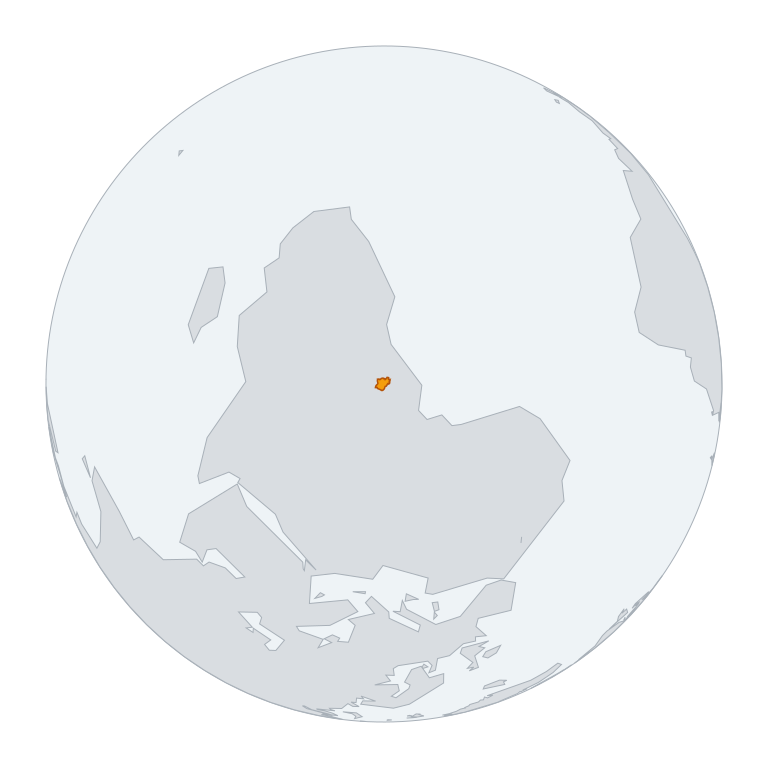 Plateaux highlighted on a globe, orthographic projection, rotated 174°
{"feature_id": "COG-3346", "entity_name": "Plateaux", "entity_type": "Region", "adm_level": 1, "iso_a3": "COG", "parent_name": "Republic of the Congo", "parent_adm1": "", "projection": "orthographic", "projection_center": [15.163, -2.009], "detail": "fine", "context": "on_globe", "style": "filled", "palette": "amber", "viewbox_px": 768, "rotation_deg": 174, "n_neighbors": 0, "source": "natural_earth", "source_scale": "10m", "svg_char_len": 8548}
<svg xmlns="http://www.w3.org/2000/svg" viewBox="0 0 768 768"><g transform="rotate(174 384 384)"><circle cx="384" cy="384" r="338" fill="#eef3f6" stroke="#a8b0b8"/><path d="M223.6,86.6L221.2,87.9L210.6,94.1L207.4,96.2L219.4,89.5L201.5,101.4L193.0,111.0L188.1,115.0L175.1,122.4L170.2,123.3L153.3,137.2L166.6,126.9L154.1,138.6L153.0,140.5L155.1,139.6L160.7,135.0L157.0,139.3L142.4,149.9L145.6,146.2L150.2,142.5L147.8,143.5L137.9,152.7L132.4,158.9L127.1,164.5L143.9,146.2L162.1,129.1L181.5,113.4L202.1,99.2L223.6,86.6ZM52.6,317.8L54.5,310.6L50.8,330.1L54.9,311.9L54.0,320.8L60.4,318.6L59.0,323.1L63.8,345.3L75.0,354.5L77.5,368.8L75.6,377.8L80.8,380.2L81.0,386.1L107.1,394.2L124.8,408.6L127.2,429.3L118.2,453.5L123.8,504.0L111.3,521.2L117.4,541.5L123.7,571.3L115.0,569.6L127.1,583.8L130.1,592.8L127.0,593.7L134.7,603.8L132.9,604.3L140.0,610.7L149.4,624.0L161.2,634.3L171.2,644.7L179.0,650.5L178.2,650.5L180.7,652.9L185.0,656.2L177.2,651.1L160.9,637.7L153.3,630.6L152.0,629.7L134.6,611.3L137.8,615.2L114.7,587.8L99.2,564.5L67.0,497.2L62.0,484.1L57.7,471.7L51.9,446.5L48.1,420.9L46.3,395.1L46.4,369.2L48.5,343.4L52.6,317.8ZM194.4,661.9L179.9,653.1L186.2,657.0L180.1,651.6L191.6,658.5L194.4,661.9ZM181.1,647.9L180.3,644.7L183.1,646.3L184.4,648.9L181.1,647.9ZM716.7,324.6L711.4,304.7L715.7,328.6L720.1,351.0L721.8,376.2L720.8,367.0L718.5,344.9L716.4,336.8L713.1,315.7L704.1,284.1L702.8,288.5L699.3,276.3L686.7,250.7L682.7,256.8L678.9,286.7L684.5,318.3L680.5,331.8L660.6,285.0L649.3,255.1L643.6,257.4L621.9,232.3L588.6,229.4L582.6,222.0L576.6,225.2L561.1,217.7L551.4,206.0L542.6,206.6L568.2,237.9L577.4,237.6L583.4,225.9L588.9,237.3L603.7,248.0L591.9,275.3L540.4,299.9L533.3,276.5L483.4,215.3L483.7,208.7L483.4,208.0L482.7,206.7L480.3,217.3L471.0,206.1L499.9,247.3L505.6,265.8L539.7,301.3L537.0,305.0L547.4,312.6L578.0,304.3L578.7,312.2L565.5,349.2L521.2,400.8L526.0,436.6L520.8,467.3L490.8,487.8L491.0,511.9L475.1,520.4L472.5,534.2L458.3,548.8L435.7,562.9L399.7,563.7L399.3,551.2L384.3,527.3L364.1,469.6L375.2,442.9L372.8,422.6L346.5,378.8L352.4,354.1L344.9,344.2L329.7,347.2L320.8,335.5L311.5,335.7L251.6,347.5L232.4,333.2L207.0,288.5L217.1,269.4L217.2,248.8L285.3,177.7L301.7,180.2L357.5,169.7L364.9,171.8L360.4,186.4L404.0,203.6L415.6,191.0L452.9,200.8L476.5,200.6L481.1,173.5L442.6,173.1L433.8,160.4L463.0,149.6L496.4,152.1L494.1,147.4L471.2,136.4L477.1,128.6L463.1,132.3L470.1,136.9L461.5,139.9L454.6,135.9L457.0,132.9L446.4,130.9L437.9,147.0L444.1,153.5L417.5,156.8L425.3,168.4L418.7,174.1L403.1,156.8L403.3,150.4L375.7,133.9L373.1,140.5L398.9,157.1L391.7,155.9L388.4,166.8L385.1,157.6L357.6,139.4L332.4,144.9L303.4,173.2L288.0,176.8L273.8,172.7L281.3,145.7L314.8,141.1L317.9,133.1L308.6,123.0L319.5,123.0L319.8,118.8L332.2,117.4L347.2,107.0L359.4,105.4L362.8,94.0L369.6,92.1L365.6,99.1L369.4,103.8L399.4,102.4L404.5,100.0L404.3,93.1L412.6,94.3L408.6,88.0L424.7,85.7L401.7,83.7L400.9,77.3L409.3,72.7L404.9,70.7L391.2,78.4L389.5,82.0L394.7,85.4L386.4,97.1L376.6,99.4L369.6,87.1L354.9,89.7L356.0,80.4L392.2,62.9L408.5,60.6L440.6,68.0L438.2,71.1L425.5,69.5L439.4,76.0L437.2,73.0L444.1,74.5L445.1,70.1L450.0,71.1L442.5,65.8L448.7,66.6L453.3,69.9L460.0,65.7L472.1,67.2L471.2,65.9L466.9,64.1L485.2,68.0L483.7,67.0L477.2,65.2L470.0,62.2L464.5,59.0L471.2,60.5L474.0,61.8L490.0,67.7L496.7,72.1L498.8,72.5L494.6,69.2L475.1,61.8L469.9,59.6L479.7,62.6L475.7,61.2L475.2,60.7L480.9,61.8L470.5,58.6L460.0,54.7L483.8,61.2L507.1,69.3L529.7,79.1L551.5,90.5L572.5,103.5L592.4,118.0L611.3,133.9L628.9,151.1L645.2,169.6L660.1,189.2L673.6,209.9L685.5,231.4L695.8,253.8L704.5,276.9L711.5,300.5L716.7,324.6ZM264.4,211.6L263.1,217.6L264.4,211.6ZM533.9,170.2L552.5,172.5L540.4,155.9L546.6,155.8L540.2,150.6L539.5,154.8L523.4,141.3L530.0,137.5L525.9,131.2L519.4,130.3L509.8,139.6L532.8,158.4L530.1,164.6L533.9,170.2ZM60.7,318.3L61.1,321.9L59.7,322.2L60.7,318.3ZM66.5,275.2L67.2,276.6L65.4,278.4L66.5,275.2ZM63.4,277.3L64.2,275.4L66.4,268.6L65.8,274.9L62.5,281.2L63.1,278.0L63.4,277.3ZM155.0,138.0L156.0,137.3L157.0,137.5L154.2,139.5L155.0,138.0ZM175.1,128.2L168.6,135.4L171.3,131.2L166.2,134.8L165.6,131.3L185.6,116.8L176.7,123.6L175.1,128.2ZM170.4,124.0L168.5,127.0L169.7,124.4L170.4,124.0ZM309.3,100.7L314.3,102.5L310.7,107.1L295.3,111.9L300.3,104.9L309.3,100.7ZM322.2,104.2L319.7,92.3L329.2,89.8L324.3,93.0L330.8,92.5L324.7,97.8L336.3,108.2L333.9,113.3L306.6,117.6L316.9,113.0L311.4,111.1L322.2,104.2ZM296.3,75.3L295.3,72.6L317.2,70.3L315.6,73.2L300.1,77.4L292.8,76.5L296.3,75.3ZM269.6,66.0L265.1,67.8L262.0,68.9L254.6,72.4L243.8,77.0L248.9,74.3L235.0,81.1L235.4,80.6L226.8,85.2L233.8,81.3L269.6,66.0ZM338.6,49.1L341.7,49.0L345.7,48.4L355.2,47.5L358.8,47.8L350.4,48.3L360.5,48.6L350.8,49.6L352.5,49.6L346.3,50.9L341.8,52.7L337.1,53.3L337.4,53.8L333.3,55.1L332.1,56.3L323.3,57.9L321.1,59.6L318.1,59.5L316.8,62.2L313.8,61.0L308.2,63.2L314.1,63.2L269.1,74.0L252.5,81.1L240.3,88.2L236.8,86.5L246.0,79.4L261.6,71.1L278.0,65.1L273.5,66.0L280.0,63.7L280.9,64.0L283.4,62.2L289.0,60.5L302.9,56.2L303.0,55.9L338.6,49.1ZM372.0,166.2L377.4,166.6L385.7,165.7L383.7,173.0L372.0,166.2ZM352.9,153.8L357.6,152.6L358.9,161.5L353.3,161.6L352.9,153.8ZM359.1,145.0L357.8,151.9L355.2,148.2L359.1,145.0ZM369.9,98.1L374.8,97.1L375.8,98.6L373.6,101.2L369.9,98.1ZM386.6,52.5L382.2,51.9L383.4,51.5L379.0,49.7L385.9,49.3L391.2,50.3L386.6,52.5ZM475.2,178.0L469.1,183.1L465.3,180.5L468.1,179.2L475.2,178.0ZM424.7,177.4L436.8,180.7L424.1,179.4L424.7,177.4ZM393.4,51.8L390.8,51.0L395.8,51.4L393.4,51.8ZM390.6,49.1L396.4,49.4L386.2,49.1L390.6,49.1ZM564.2,632.8L563.3,637.2L559.6,637.3L564.2,632.8ZM572.5,463.4L546.1,517.3L531.9,517.3L531.5,501.1L542.7,468.4L559.9,459.4L569.0,444.8L572.5,463.4ZM719.5,424.4L719.5,424.0L719.5,424.4ZM720.3,416.6L720.8,399.7L715.4,349.7L717.5,351.5L721.8,383.1L721.7,387.8L721.6,397.6L720.3,416.6ZM685.7,321.4L691.9,341.2L689.1,343.9L685.7,321.4ZM448.2,54.3L446.7,56.5L450.1,59.4L459.2,62.3L445.8,59.8L440.5,55.4L448.2,54.3ZM443.1,51.3L439.0,50.6L437.4,50.3L443.1,51.3ZM416.4,49.2L415.4,49.7L411.4,49.1L416.4,49.2Z" fill="#d9dde1" stroke="#a8b0b8" stroke-width="1"/><path d="M392.8,381.5L392.7,381.7L392.6,381.8L392.6,382.0L392.6,382.4L392.5,382.5L392.0,383.1L392.0,383.3L391.9,383.3L391.7,383.4L391.7,383.5L391.2,384.0L390.9,384.2L390.6,384.5L390.4,384.6L390.2,384.9L390.1,385.0L390.0,385.3L390.0,385.6L390.0,385.8L390.1,386.0L390.1,386.3L390.3,387.7L390.1,388.6L390.0,389.0L390.0,389.5L389.8,389.5L389.6,389.4L389.4,389.4L389.3,389.5L389.2,389.5L388.9,389.5L388.9,389.4L388.7,389.4L388.7,389.2L388.4,389.0L388.2,388.9L387.9,388.8L387.7,388.9L387.3,388.9L387.3,389.0L387.2,389.0L386.9,389.2L386.9,389.3L386.7,389.3L386.4,389.5L386.2,389.6L386.1,389.8L385.9,389.8L385.4,390.0L385.1,390.0L384.9,390.0L384.7,390.0L384.4,389.9L384.2,389.9L384.0,389.7L383.9,389.7L383.9,389.4L383.7,389.2L383.3,389.2L383.2,389.2L383.0,389.3L382.9,389.3L382.7,389.2L382.6,388.9L382.6,388.7L382.5,388.4L382.5,388.2L382.4,388.2L382.1,388.3L381.9,388.4L381.9,388.5L381.8,388.8L381.7,388.8L381.5,389.0L381.4,389.1L381.2,389.3L381.0,389.5L380.9,389.6L380.7,389.8L380.4,390.0L380.2,390.3L379.9,390.2L379.7,390.1L379.4,390.1L379.2,390.0L378.8,389.9L378.7,389.7L378.8,389.6L378.9,389.4L379.0,389.3L379.1,389.2L379.0,388.5L379.0,388.4L378.9,388.4L378.8,388.5L378.8,388.4L378.9,388.2L378.7,388.0L378.4,388.0L378.2,388.0L378.0,387.9L377.9,387.9L378.0,387.8L378.1,387.7L378.3,387.6L378.2,387.5L377.9,387.4L378.0,387.3L378.1,387.2L377.9,387.0L377.8,386.9L377.7,386.8L377.8,386.7L377.9,386.4L378.0,386.3L378.1,386.2L378.5,386.0L378.5,385.9L378.0,385.5L378.0,385.3L378.1,385.2L378.3,385.1L378.3,384.9L378.5,384.8L378.5,384.7L378.6,384.3L378.6,384.2L378.5,383.9L379.3,383.5L379.4,383.8L379.4,384.0L379.5,384.1L379.8,384.1L380.0,384.1L380.1,383.9L380.3,383.8L380.4,383.7L380.5,383.7L380.8,383.2L381.0,383.0L381.1,382.8L381.1,382.7L381.4,382.5L381.4,382.4L381.5,382.3L381.5,382.1L381.9,381.7L382.0,381.7L382.3,381.5L382.6,381.5L382.9,381.5L382.9,381.4L383.2,381.2L383.6,380.7L383.9,379.7L384.0,379.5L384.4,379.0L384.5,378.8L384.8,378.7L385.0,378.6L385.1,378.4L385.3,378.4L385.6,378.0L385.7,377.9L385.9,377.9L386.0,377.8L386.4,377.7L386.5,377.7L386.9,377.8L387.1,377.8L387.3,377.9L387.3,378.0L387.4,378.3L387.6,378.4L387.8,378.5L388.0,378.5L388.3,378.7L388.4,378.8L388.5,378.9L388.6,379.0L389.1,379.2L389.3,379.3L389.5,379.4L390.1,379.8L390.4,379.9L390.5,379.9L390.6,380.0L390.8,380.3L391.0,380.8L391.1,381.0L391.4,381.0L391.5,381.2L391.5,381.3L391.8,381.3L391.9,381.2L392.0,381.2L392.3,381.2L392.4,381.3L392.5,381.3L392.5,381.5L392.8,381.5L392.8,381.5Z" fill="#f59e0b" stroke="#b45309" stroke-width="1.5"/></g></svg>